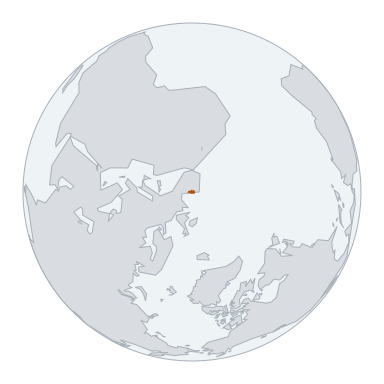 Asturias on an orthographic globe, rotated 184°
{"feature_id": "ESP-5805", "entity_name": "Asturias", "entity_type": "Autonomous Community", "adm_level": 1, "iso_a3": "ESP", "parent_name": "Spain", "parent_adm1": "", "projection": "orthographic", "projection_center": [-6.051, 43.278], "detail": "fine", "context": "on_globe", "style": "filled", "palette": "amber", "viewbox_px": 384, "rotation_deg": 184, "n_neighbors": 0, "source": "natural_earth", "source_scale": "10m", "svg_char_len": 10557}
<svg xmlns="http://www.w3.org/2000/svg" viewBox="0 0 384 384"><g transform="rotate(184 192 192)"><circle cx="192" cy="192" r="169" fill="#eef3f6" stroke="#a8b0b8"/><path d="M53.2,288.3L48.9,281.2L45.4,274.7L38.4,261.5L29.6,234.6L30.0,230.1L28.9,224.5L32.5,221.2L32.9,209.4L32.0,205.4L30.2,206.6L28.3,191.4L29.4,180.5L32.9,139.1L35.3,132.2L38.6,125.9L56.0,95.6L40.9,118.9L44.6,111.3L50.6,101.4L51.0,101.6L60.0,89.7L65.5,82.5L78.6,70.5L93.1,63.3L89.1,66.7L93.0,64.9L98.4,60.8L100.9,58.5L121.7,49.9L140.3,40.7L143.1,37.4L144.9,38.8L148.2,32.6L156.3,29.1L149.0,33.5L149.7,34.4L156.2,31.9L158.3,32.4L162.6,31.6L164.5,32.4L160.1,35.4L161.3,36.1L165.8,34.4L170.6,34.5L163.8,36.8L171.4,37.3L165.4,43.2L145.7,50.2L144.2,55.5L128.6,68.6L131.9,68.6L128.0,74.1L130.3,76.3L126.8,78.5L131.7,78.4L134.5,76.1L137.5,75.3L139.2,76.5L134.9,79.4L133.5,79.2L133.1,80.7L130.3,81.6L132.6,81.8L127.3,85.4L134.9,83.8L132.6,88.2L128.4,90.1L125.9,87.4L109.9,86.3L104.9,88.0L100.4,92.9L98.2,106.8L93.9,110.1L90.3,116.3L94.0,115.4L98.2,110.4L104.2,110.7L108.6,104.9L111.6,104.3L117.3,99.6L119.6,103.2L118.8,109.3L114.2,113.5L113.7,116.5L120.7,115.0L114.6,125.7L114.9,138.2L113.0,140.9L104.6,141.0L98.1,134.1L87.2,135.7L97.4,137.8L92.4,145.1L93.0,147.8L95.1,149.4L98.2,147.9L97.2,151.3L86.7,150.1L87.5,147.0L90.8,147.3L87.7,144.3L80.5,144.3L78.6,148.3L69.9,145.1L68.4,148.1L65.7,149.3L68.6,144.6L63.1,153.2L52.6,152.9L44.8,167.9L49.0,152.1L48.3,146.5L46.8,141.5L45.4,143.8L45.4,134.9L42.0,133.1L35.9,141.6L32.1,152.6L32.7,161.1L35.1,158.8L36.8,163.7L30.7,172.1L33.0,184.1L30.0,192.4L30.0,200.1L32.3,203.9L34.3,211.2L37.4,209.4L41.6,212.0L40.0,219.8L43.7,215.9L45.1,222.7L54.6,233.0L53.5,234.0L61.2,251.5L72.3,264.3L74.8,271.7L73.3,273.9L77.7,277.8L77.8,280.0L97.8,294.2L110.0,304.4L110.9,311.2L103.3,314.8L102.3,326.1L90.2,322.3L91.2,325.5L88.8,325.7L84.4,322.3L73.0,311.9L62.5,300.6L53.2,288.3ZM42.2,172.1L44.9,189.8L41.1,184.4L42.2,184.4L42.0,178.8L40.9,171.0L38.1,166.8L42.2,172.1ZM48.5,169.4L47.8,166.9L48.8,168.7L48.5,169.4ZM101.7,57.6L98.2,60.7L92.7,64.5L95.3,61.7L101.7,57.6ZM112.6,51.4L111.6,52.7L107.3,54.0L109.2,52.8L112.6,51.4ZM144.7,35.1L141.5,36.6L143.9,35.1L144.7,35.1ZM162.8,31.3L163.1,30.9L165.2,30.7L162.8,31.3ZM115.7,98.1L116.5,98.9L115.0,99.3L115.7,98.1ZM117.4,95.4L115.1,95.4L115.6,94.1L117.0,94.2L117.4,95.4ZM170.2,32.0L173.5,32.1L169.3,32.4L170.2,32.0ZM120.1,95.8L116.7,91.9L117.6,89.8L123.7,88.3L120.1,95.8ZM175.0,32.5L183.2,33.0L184.5,31.8L185.6,35.8L178.2,33.8L172.9,34.4L175.6,33.3L175.0,32.5ZM134.7,74.8L131.7,77.4L132.7,74.2L134.7,74.8ZM134.5,73.0L133.0,64.9L138.1,62.0L137.5,65.2L142.9,60.8L146.2,63.3L143.9,66.3L140.0,67.6L144.2,67.6L134.5,73.0ZM184.9,38.2L186.2,38.9L184.0,38.7L184.9,38.2ZM138.8,74.8L138.1,73.3L142.4,70.6L144.8,73.1L142.6,73.2L138.8,74.8ZM142.8,58.5L146.4,57.1L150.0,58.7L151.9,58.4L146.7,63.1L142.8,58.5ZM142.4,74.4L145.8,74.5L145.2,77.0L139.9,76.1L142.4,74.4ZM142.6,69.0L144.8,67.9L144.3,69.2L142.6,69.0ZM145.1,86.1L144.0,84.1L146.2,82.5L145.1,86.1ZM147.1,74.4L147.3,73.6L148.1,72.8L150.1,73.4L147.1,74.4ZM149.6,64.0L150.4,65.0L151.9,62.2L154.7,63.4L150.7,66.4L153.6,65.6L154.5,66.1L150.2,68.0L149.6,64.0ZM154.5,71.8L150.3,76.3L151.7,80.2L149.8,81.6L147.9,75.2L154.5,71.8ZM152.3,69.4L153.2,71.1L150.4,72.0L148.1,71.3L152.3,69.4ZM158.1,63.3L154.8,60.6L155.8,60.1L158.1,63.3ZM155.4,72.7L156.4,71.6L155.8,72.9L155.4,72.7ZM157.9,65.9L156.6,65.0L157.8,64.4L157.9,65.9ZM159.4,70.3L158.1,71.7L156.4,71.2L159.4,70.3ZM159.2,68.2L161.1,67.6L156.7,70.2L158.4,67.8L159.2,68.2ZM159.2,65.5L159.4,64.9L159.5,66.0L159.2,65.5ZM166.4,71.5L161.2,74.9L157.6,73.7L163.1,70.6L166.4,71.5ZM292.7,56.3L291.0,55.1L292.7,56.6L289.8,54.6L296.9,60.4L293.0,57.9L300.4,63.9L301.9,64.5L297.1,60.1L305.2,66.8L305.4,66.7L315.2,76.3L324.1,86.7L332.2,97.8L339.4,109.4L345.6,121.7L350.8,134.4L349.4,130.9L351.8,138.2L349.9,133.7L346.5,130.5L349.0,141.2L354.2,165.3L357.8,178.0L358.3,187.8L351.7,178.2L346.3,168.4L345.5,173.4L337.5,170.8L328.1,185.2L325.4,183.4L324.0,187.8L318.1,189.4L313.4,186.0L310.4,189.5L322.7,198.2L325.6,194.5L326.1,185.4L329.1,189.6L334.6,189.1L333.6,208.7L317.4,238.4L313.5,229.7L289.2,211.7L288.6,207.9L288.4,207.5L288.0,207.0L288.1,213.5L283.2,209.4L298.7,224.6L302.3,232.3L317.2,239.3L316.4,241.7L320.5,241.9L330.8,227.8L331.4,231.1L328.0,251.2L311.6,283.3L312.5,293.3L309.0,303.2L296.0,316.1L294.2,321.4L287.0,326.9L284.6,330.1L277.2,335.7L265.9,342.3L249.8,348.3L251.1,346.4L246.5,344.1L241.2,333.0L247.7,324.3L247.2,318.4L235.3,306.3L238.1,296.7L234.3,293.5L226.9,295.9L222.2,291.8L217.5,292.4L186.3,298.1L175.5,291.7L159.2,270.5L163.8,262.2L162.3,251.7L192.3,214.1L201.3,215.6L228.0,206.1L231.8,206.7L231.6,216.0L254.0,220.6L257.8,211.5L275.1,210.4L284.8,205.0L283.1,187.4L267.2,195.9L261.6,189.5L272.0,176.0L285.4,168.9L283.6,166.2L272.7,164.6L273.3,157.1L268.6,163.5L272.4,165.2L269.5,169.5L266.0,168.3L266.3,165.5L261.6,166.4L261.1,179.7L264.8,182.9L253.9,190.1L259.1,196.2L257.0,200.9L247.4,192.3L246.5,188.1L230.8,180.3L230.8,185.2L245.6,193.2L242.1,193.4L242.2,200.8L239.3,195.4L223.1,186.0L211.6,191.5L201.2,211.2L193.6,213.6L185.3,210.7L184.8,192.6L201.9,189.5L201.9,183.6L194.8,176.1L200.6,176.0L199.8,172.7L205.9,171.2L210.9,162.0L216.6,159.8L215.1,149.6L217.8,147.2L217.9,153.9L221.0,157.6L234.6,152.7L236.3,149.7L234.2,143.6L238.2,143.3L234.5,138.0L240.6,132.7L230.0,135.0L227.3,128.5L229.1,122.0L226.3,120.4L223.3,131.1L223.9,135.1L227.4,137.8L227.2,149.8L223.3,153.0L216.2,142.5L209.9,146.1L207.2,136.8L216.9,112.7L222.6,106.5L239.5,108.6L240.1,113.3L234.4,114.7L242.8,118.9L240.6,115.9L244.0,115.8L242.2,110.1L244.5,109.8L238.9,105.0L241.5,104.0L245.0,107.0L244.7,98.3L249.1,95.2L247.9,93.4L245.4,92.4L252.8,89.4L251.6,88.2L248.7,88.7L244.5,86.8L239.8,82.5L242.6,81.7L244.7,83.2L253.2,85.2L258.2,89.6L258.9,88.8L255.2,84.9L244.8,82.3L241.2,80.0L246.1,80.5L244.0,80.1L243.1,78.8L244.9,76.7L239.5,75.9L225.7,63.2L227.7,58.5L233.6,60.1L226.9,51.7L229.7,47.8L227.0,48.2L222.1,44.9L221.1,46.0L219.5,46.0L206.3,39.1L205.4,37.2L196.7,35.4L195.3,35.7L195.5,37.0L185.6,35.8L184.5,31.8L187.6,31.3L184.8,29.5L192.4,28.7L197.4,27.6L207.3,28.4L210.4,27.8L208.9,27.2L211.9,26.2L223.4,26.8L220.7,28.7L204.8,30.2L211.9,29.6L212.2,30.6L215.9,31.1L220.7,30.8L220.1,30.2L237.7,35.8L253.2,39.5L247.3,36.1L247.7,35.0L260.2,38.1L286.1,51.9L286.8,52.1L292.7,56.3ZM185.2,234.0L185.2,237.4L185.2,234.0ZM302.0,169.3L308.5,163.8L301.5,156.7L303.4,154.1L300.3,152.7L300.9,156.2L292.7,152.0L294.0,146.5L291.1,142.9L288.8,144.7L287.7,155.5L299.5,161.4L299.7,166.8L302.0,169.3ZM55.0,233.3L55.9,236.0L54.3,234.4L55.0,233.3ZM39.4,186.7L40.6,189.2L40.8,191.7L39.7,190.2L39.4,186.7ZM51.8,206.1L53.7,209.3L51.2,207.3L51.8,206.1ZM45.6,192.4L50.3,203.8L45.6,200.9L42.9,193.7L45.4,196.8L45.6,192.4ZM45.6,172.8L46.0,174.8L45.1,175.8L45.6,172.8ZM49.2,170.7L48.8,170.3L49.1,168.4L49.2,170.7ZM93.1,145.2L93.9,145.4L95.5,147.5L93.7,147.6L93.1,145.2ZM109.2,151.4L107.2,156.7L107.3,152.9L104.4,153.8L101.1,147.1L111.9,141.9L107.6,145.3L109.2,151.4ZM99.7,137.2L100.6,141.7L99.2,137.0L99.7,137.2ZM189.4,157.3L192.7,159.0L192.0,163.0L184.8,166.7L185.7,160.8L189.4,157.3ZM197.4,160.5L192.4,149.6L196.7,147.2L195.1,150.3L198.4,149.8L196.8,154.8L205.8,163.6L205.8,167.8L192.5,171.8L196.8,168.0L193.4,166.4L197.4,160.5ZM172.2,129.2L170.1,125.4L182.1,125.0L182.7,128.7L175.5,132.4L170.7,130.2L172.2,129.2ZM131.4,94.2L129.9,93.4L131.0,92.5L133.3,92.5L131.4,94.2ZM144.4,85.3L139.5,97.0L137.5,96.6L137.1,104.5L131.5,106.6L132.0,101.3L127.4,109.0L125.6,105.2L123.1,110.6L124.6,98.7L122.8,95.9L127.0,98.2L132.1,96.3L133.8,94.6L137.2,87.8L135.8,81.1L140.7,78.5L144.5,78.4L145.6,79.6L142.1,80.9L146.1,81.6L141.8,84.4L144.4,85.3ZM186.5,84.2L182.0,84.3L189.3,87.8L185.0,90.0L186.1,90.3L184.2,93.3L183.8,97.6L181.5,98.1L182.3,99.6L181.1,101.8L181.5,104.1L177.4,105.9L177.5,108.9L175.5,108.1L176.9,112.9L174.0,110.2L172.2,113.0L175.9,114.1L153.0,120.1L145.6,125.3L140.9,131.3L136.7,126.3L138.4,117.8L143.4,108.7L151.1,104.7L147.8,103.4L150.6,101.1L152.0,103.1L151.4,98.8L154.0,97.5L158.5,90.5L155.9,85.5L157.5,83.0L159.8,84.3L159.7,80.9L165.2,81.9L166.4,80.2L173.0,79.6L176.8,83.4L177.9,81.3L182.9,81.0L186.5,84.2ZM168.2,71.5L173.7,75.2L174.1,78.4L162.4,78.2L160.6,79.6L153.1,79.9L152.7,75.5L154.9,75.8L156.9,75.0L156.2,76.7L158.3,74.8L161.3,75.2L163.8,73.9L164.9,75.4L168.2,71.5ZM234.4,202.4L237.1,202.1L240.8,200.5L240.9,205.3L234.4,202.4ZM223.3,196.2L225.5,195.0L227.5,200.7L224.7,201.2L223.3,196.2ZM224.9,189.7L225.4,194.5L223.5,192.2L224.9,189.7ZM219.7,152.6L221.8,151.2L222.7,152.4L222.3,154.9L219.7,152.6ZM207.2,96.5L204.5,95.8L204.7,94.8L200.6,90.9L203.4,89.3L207.0,90.9L207.2,96.5ZM281.4,191.7L279.6,196.3L277.7,195.6L278.7,194.2L281.4,191.7ZM260.1,201.9L265.8,201.7L260.1,203.2L260.1,201.9ZM209.5,94.1L207.5,92.6L210.2,92.7L209.5,94.1ZM205.3,87.9L208.1,87.5L203.3,88.6L205.3,87.9ZM328.0,285.9L314.6,306.9L309.5,311.3L310.7,308.2L317.2,297.1L323.9,289.3L327.8,282.2L328.0,285.9ZM358.1,178.6L359.7,182.8L359.7,186.4L358.1,178.6ZM230.7,80.0L233.3,87.0L237.0,91.5L242.0,92.9L236.0,94.2L230.3,87.3L230.7,80.0ZM226.1,65.2L221.7,64.4L222.8,63.1L223.9,63.1L226.1,65.2ZM224.0,66.0L220.1,68.3L217.1,66.8L220.8,65.2L224.0,66.0ZM215.0,80.6L215.6,82.8L213.4,82.6L215.0,80.6ZM257.0,36.0L258.4,36.7L262.7,38.5L254.7,35.4L249.9,33.3L250.5,33.5L252.6,34.3L257.0,36.0ZM251.3,34.1L253.4,35.1L245.9,34.8L243.1,34.4L246.3,32.9L248.4,33.8L251.0,34.4L251.3,34.1ZM187.4,38.2L186.4,38.8L186.2,38.0L187.4,38.2ZM219.1,46.7L216.8,46.5L216.7,45.4L219.1,46.7ZM210.4,45.5L212.2,46.9L209.1,45.7L210.4,45.5ZM216.4,50.0L212.3,47.6L217.9,49.5L216.4,50.0Z" fill="#d9dde1" stroke="#a8b0b8" stroke-width="1"/><path d="M189.9,191.4L189.9,191.2L190.0,191.2L190.3,191.1L190.5,191.1L190.8,191.1L191.0,191.2L191.3,191.1L191.5,191.1L191.9,191.1L192.0,191.1L192.3,191.1L192.3,190.9L192.5,190.9L192.7,191.1L192.8,191.1L193.3,191.2L193.4,191.3L193.5,191.3L193.5,191.2L193.8,191.3L194.1,191.4L194.3,191.5L194.3,191.4L194.6,191.5L194.8,191.6L195.3,191.6L195.2,191.8L195.3,191.8L195.3,192.0L195.2,192.0L195.2,191.9L195.1,192.0L194.9,192.0L194.7,192.2L194.3,192.2L194.2,192.2L194.2,192.3L194.0,192.5L193.9,192.5L193.6,192.6L193.4,192.6L193.2,192.7L193.1,192.8L193.1,192.7L192.9,192.7L192.7,192.7L192.7,192.8L192.4,192.9L192.2,192.8L192.2,192.7L191.9,192.6L191.7,192.7L191.6,192.8L191.5,192.7L191.4,192.7L191.2,192.7L191.2,192.8L191.1,193.0L190.9,193.1L190.7,193.0L190.4,193.1L190.3,192.9L190.2,192.8L190.1,192.7L190.1,192.8L190.0,192.7L190.3,192.5L190.3,192.4L190.2,192.3L190.0,192.2L189.9,192.2L189.8,191.9L189.7,191.9L189.7,191.7L189.8,191.5L189.9,191.4L189.9,191.4Z" fill="#f59e0b" stroke="#b45309" stroke-width="1.5"/></g></svg>